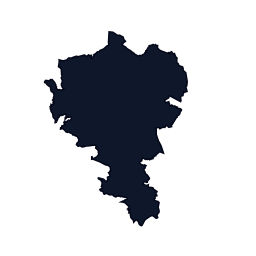 Valle de Guadalupe, Jalisco, Mexico, rotated 255°
{"feature_id": "50627088B71389499937182", "entity_name": "Valle de Guadalupe", "entity_type": "district", "adm_level": 2, "iso_a3": "MEX", "parent_name": "Mexico", "parent_adm1": "Jalisco", "projection": "albers", "projection_center": [-102.657, 21.043], "detail": "fine", "context": "isolated", "style": "filled", "palette": "ink", "viewbox_px": 256, "rotation_deg": 255, "n_neighbors": 0, "source": "geoboundaries", "source_scale": "gbopen_adm2", "svg_char_len": 5788}
<svg xmlns="http://www.w3.org/2000/svg" viewBox="0 0 256 256"><g transform="rotate(255 128 128)"><path d="M191.4,60.7L188.9,62.4L187.9,63.6L183.9,63.2L182.6,63.8L181.7,65.0L179.5,65.0L178.2,65.0L176.8,63.9L175.3,63.5L174.5,62.3L172.8,63.3L172.5,62.7L171.4,63.0L171.6,62.2L170.6,62.3L170.3,61.1L169.1,60.5L169.2,60.1L170.5,59.7L168.6,58.6L168.6,58.2L167.4,58.4L166.7,57.9L166.4,58.3L163.9,58.0L161.6,58.9L157.6,58.5L154.8,60.0L152.0,59.0L152.1,60.2L153.1,60.0L153.5,60.7L153.3,61.3L156.2,63.4L156.4,64.4L158.2,64.9L157.9,65.8L157.4,66.1L157.3,68.4L157.8,70.6L157.1,71.7L154.9,71.0L154.4,70.7L154.4,70.1L152.7,69.5L154.1,71.9L153.6,74.3L153.7,75.9L151.7,75.8L150.0,73.7L150.1,73.2L150.7,73.1L151.0,72.7L149.7,69.4L150.3,69.3L149.9,68.5L150.6,68.1L150.0,67.5L149.3,67.8L148.0,67.3L148.6,68.1L147.2,68.0L147.1,64.5L145.6,64.2L145.7,63.0L144.4,62.5L144.3,65.2L143.2,65.5L142.4,66.2L140.3,67.1L139.4,68.3L139.4,70.1L138.6,70.4L136.9,72.6L135.6,72.8L135.3,73.9L134.6,74.3L134.5,75.4L133.7,75.6L133.1,76.7L128.9,77.7L129.1,77.6L128.3,76.9L127.2,76.3L126.6,74.8L125.4,73.9L123.5,74.8L123.1,75.8L123.4,76.9L121.5,78.8L121.3,81.9L121.6,83.4L121.1,84.2L120.5,88.5L120.7,89.1L120.3,89.6L120.0,91.7L119.1,92.9L118.4,93.1L118.1,92.1L116.9,91.6L116.2,92.4L115.5,92.5L115.3,93.1L114.1,93.1L113.4,93.5L112.2,93.0L109.9,93.0L109.7,92.2L108.4,90.7L107.3,86.8L107.6,86.2L110.2,85.7L107.2,84.8L107.1,85.8L107.5,86.0L106.7,86.4L102.5,92.2L98.5,96.4L96.7,99.5L94.7,100.7L91.1,100.2L91.1,99.4L89.9,98.2L89.9,97.7L87.3,98.3L86.0,98.0L85.8,95.4L82.7,94.9L82.7,94.2L81.8,93.3L82.0,92.8L84.9,91.2L87.1,87.3L86.4,87.0L88.0,86.3L86.4,86.3L85.3,87.9L82.0,89.0L78.9,87.6L78.5,87.1L76.6,88.0L75.9,84.9L74.5,85.2L73.0,87.6L72.1,87.4L70.2,87.8L70.1,88.4L70.5,89.1L70.2,90.6L68.1,93.0L67.6,96.2L67.2,95.9L65.8,96.8L64.5,98.4L65.0,99.3L64.9,100.6L64.5,101.3L64.7,101.9L63.7,102.8L63.4,103.4L63.7,104.4L62.5,105.5L62.5,106.6L61.9,107.0L61.2,108.7L60.4,109.0L59.3,108.6L59.3,106.4L59.1,105.9L58.4,105.7L58.8,104.3L58.4,102.2L57.8,103.8L56.4,105.9L51.6,108.7L50.0,108.3L50.5,107.6L50.2,107.1L50.1,107.7L49.0,108.1L48.5,108.8L48.3,108.2L48.9,107.0L48.5,106.9L48.1,107.4L47.2,107.5L45.9,106.8L45.8,108.0L40.6,107.6L37.4,109.3L35.5,109.1L37.1,111.6L36.8,112.6L34.9,113.8L32.3,113.9L30.8,114.8L30.2,115.7L30.3,116.3L34.4,120.1L35.2,121.3L37.3,127.4L36.8,129.4L33.5,131.8L33.6,133.3L34.1,133.6L36.0,133.3L37.3,134.3L38.4,136.0L39.7,136.6L43.6,136.6L47.9,138.7L49.4,137.8L50.9,135.0L52.2,134.5L52.8,135.2L52.7,135.7L53.0,136.0L55.0,136.3L55.1,138.4L56.0,138.4L56.4,137.9L58.4,138.2L59.0,138.6L58.7,139.3L59.2,139.6L62.2,136.9L63.8,136.6L64.9,134.4L65.1,132.5L66.9,132.4L67.9,132.9L67.6,131.3L69.6,128.0L71.9,129.6L71.9,130.6L70.7,131.6L70.6,132.6L71.7,133.0L73.3,135.4L74.0,135.7L77.7,134.4L78.4,133.5L83.3,132.5L84.3,132.9L84.8,134.0L86.0,134.6L87.0,135.7L88.1,134.4L87.9,133.6L89.2,131.5L90.8,130.3L91.5,130.2L92.2,130.9L92.7,132.7L95.3,134.2L94.3,135.8L93.7,136.0L93.5,136.8L93.1,137.0L93.4,138.0L92.6,138.3L92.5,140.3L91.7,140.8L92.2,141.3L91.9,142.5L92.6,143.2L92.1,143.6L92.3,143.8L92.1,144.3L93.4,144.5L93.4,145.6L94.2,146.4L94.0,147.5L95.0,148.1L94.9,148.6L95.9,149.9L96.1,151.0L96.7,151.8L96.7,152.7L94.5,155.8L102.4,155.3L107.8,154.0L114.4,153.6L120.9,155.3L120.6,157.7L120.0,158.3L119.0,158.6L119.6,161.0L119.5,162.9L119.8,163.5L119.1,163.8L120.1,164.9L120.5,165.8L120.3,166.3L118.1,167.6L118.0,170.5L120.3,170.8L120.1,171.7L125.7,177.6L125.7,178.2L126.9,178.5L127.3,180.5L128.1,180.9L128.3,181.7L129.9,182.5L131.3,184.2L131.8,184.4L133.3,183.3L133.9,180.8L134.5,180.5L135.2,181.2L135.9,180.3L135.7,179.9L137.2,178.9L137.5,177.2L138.9,176.3L138.4,174.1L140.9,174.3L141.9,174.1L142.1,173.6L142.8,174.0L142.8,170.7L143.3,170.4L144.6,170.7L144.8,170.3L145.4,170.7L146.7,175.3L148.2,175.8L148.4,176.5L139.9,185.6L140.6,186.2L144.6,186.9L145.0,187.6L145.1,189.5L146.5,190.0L147.8,191.1L148.5,191.1L148.8,191.4L147.9,192.3L148.0,194.5L152.4,194.5L153.5,195.0L153.5,195.7L154.9,195.8L155.2,196.5L157.1,196.6L157.2,197.2L166.5,198.1L169.4,196.2L171.3,196.7L173.0,196.5L174.7,193.8L175.5,193.3L177.3,193.1L178.2,192.3L179.0,192.2L182.1,193.0L182.8,193.5L184.3,192.6L188.0,192.1L188.1,190.4L190.4,189.9L189.9,186.8L189.8,187.1L188.9,187.1L188.9,186.7L190.3,186.4L190.0,185.3L192.6,181.9L192.7,181.4L194.2,179.8L194.4,179.1L197.5,177.2L200.0,177.9L200.0,177.2L201.4,176.1L200.9,175.5L201.1,174.9L202.2,173.9L201.9,172.6L202.0,169.8L201.2,169.9L200.8,168.6L198.0,165.8L198.0,165.2L196.9,164.7L196.3,163.8L195.9,164.0L196.0,164.5L195.6,164.2L195.0,161.2L194.4,160.1L195.1,158.1L194.8,156.6L197.6,153.5L198.5,153.3L198.5,152.9L199.7,152.2L199.4,151.6L199.7,151.3L200.7,151.4L202.2,150.3L205.0,147.5L206.6,146.8L209.7,143.8L211.4,145.5L212.4,148.0L214.5,146.9L216.9,146.9L218.5,145.5L218.7,144.6L219.8,144.1L220.1,142.3L221.0,140.8L221.5,140.8L224.4,138.2L225.8,134.6L215.8,131.3L213.1,131.0L212.7,128.8L210.7,124.9L210.1,120.9L209.3,120.0L209.4,117.9L208.5,116.6L207.6,113.9L206.8,114.0L204.4,111.4L204.5,110.9L206.3,110.6L206.7,111.0L206.7,111.4L207.4,111.5L207.1,110.9L207.7,110.7L208.0,110.2L207.7,109.8L208.9,108.7L207.7,106.9L207.9,106.3L208.7,106.0L209.9,104.6L209.2,103.9L209.8,103.4L209.8,97.4L210.4,97.4L210.8,96.3L210.0,94.6L210.7,94.3L210.2,93.1L210.5,92.5L210.1,91.9L210.4,90.8L210.2,90.5L210.7,89.9L211.0,88.7L210.1,87.2L209.6,87.0L209.6,84.4L209.7,82.5L211.7,79.1L209.8,78.7L205.1,76.7L204.1,77.8L202.2,78.8L196.4,77.6L195.0,78.0L193.9,76.5L190.9,76.9L188.7,75.9L188.3,75.3L186.6,74.7L184.0,75.1L182.1,76.2L181.9,72.4L182.8,72.0L182.8,70.8L183.4,69.8L183.9,69.7L184.2,68.7L186.4,69.6L187.2,69.1L188.6,69.5L189.1,69.1L190.8,69.0L191.2,68.5L191.9,68.6L192.9,67.9L194.3,67.4L194.8,66.0L194.0,63.5L194.9,62.0L195.3,60.8L194.3,59.4L193.5,59.2L192.3,60.9L191.4,60.7Z" fill="#0f172a" stroke="#020617" stroke-width="1.5"/></g></svg>